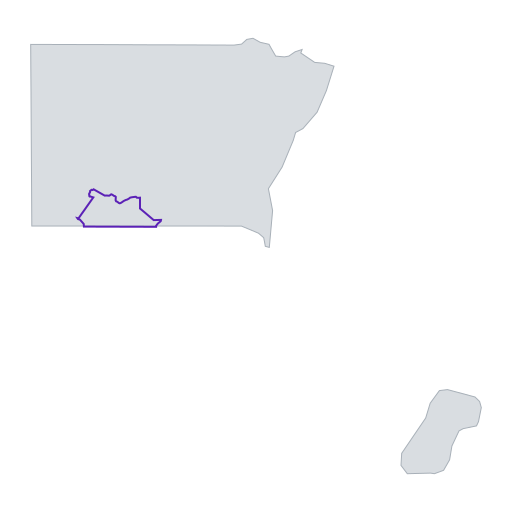 Micomiseng, Kié-Ntem, Equatorial Guinea shown in context, rotated 180°
{"feature_id": "11065452B35658646165921", "entity_name": "Micomiseng", "entity_type": "district", "adm_level": 2, "iso_a3": "GNQ", "parent_name": "Equatorial Guinea", "parent_adm1": "Kié-Ntem", "projection": "albers", "projection_center": [10.868, 2.052], "detail": "fine", "context": "in_parent", "style": "outline", "palette": "violet", "viewbox_px": 512, "rotation_deg": 180, "n_neighbors": 0, "source": "geoboundaries", "source_scale": "gbopen_adm2", "svg_char_len": 2214}
<svg xmlns="http://www.w3.org/2000/svg" viewBox="0 0 512 512"><g transform="rotate(180 256 256)"><path d="M480.2,286.0L480.4,322.0L480.6,352.5L480.8,385.4L481.0,419.7L481.2,448.8L481.3,467.6L449.4,467.5L407.2,467.4L364.9,467.2L322.6,467.1L301.4,467.0L278.0,466.9L270.4,467.9L265.2,472.6L259.0,473.7L251.8,469.7L243.0,467.7L240.7,463.5L236.3,455.9L227.6,455.1L223.2,455.9L216.9,460.2L209.9,462.5L211.2,459.0L197.3,449.6L187.3,448.7L178.0,445.8L185.6,421.4L194.9,399.8L209.0,383.5L216.4,379.5L218.8,371.5L229.9,344.9L243.6,323.3L239.4,301.4L242.7,264.6L246.7,265.7L247.3,269.2L248.3,274.3L253.5,278.8L270.5,285.9L321.4,286.0L351.7,286.0L396.6,286.0L444.1,286.0L480.2,286.0ZM77.6,38.3L81.5,38.9L104.7,38.3L111.0,46.6L110.3,58.7L86.3,94.0L81.8,108.8L72.6,121.4L64.5,122.4L37.0,115.0L32.4,110.5L30.7,104.4L33.5,90.4L35.5,86.1L48.7,83.4L53.0,81.1L60.1,66.0L62.4,52.2L68.4,41.7L77.6,38.3Z" fill="#d9dde1" stroke="#a8b0b8" stroke-width="1"/><path d="M400.8,317.7L402.4,316.5L402.9,316.3L405.4,316.5L407.3,316.4L418.4,322.7L419.3,322.0L420.5,322.2L422.0,320.9L421.9,320.5L421.9,320.4L421.9,320.1L422.0,319.8L422.1,319.5L422.1,319.4L422.3,319.1L422.5,318.9L422.7,318.7L422.8,318.4L422.9,318.1L422.8,317.7L422.9,317.3L422.9,317.1L422.8,316.9L422.7,316.9L422.5,316.5L422.5,316.4L422.5,316.1L422.6,315.9L422.6,315.7L422.4,315.5L422.2,315.5L421.9,315.5L421.3,315.4L421.0,315.3L420.7,315.2L420.3,315.1L420.0,315.0L419.7,314.9L419.0,314.7L418.7,314.6L425.2,305.4L425.4,305.1L427.5,302.1L429.1,299.9L429.2,299.7L429.3,299.5L429.5,299.4L429.6,299.2L432.4,295.2L433.5,293.7L434.3,293.8L434.7,293.9L434.5,293.6L434.0,292.9L432.1,292.4L429.1,289.0L428.3,288.1L428.2,286.8L428.1,285.4L355.9,285.2L355.9,285.3L355.9,286.2L355.7,286.4L355.1,287.3L353.9,288.7L353.0,289.4L351.9,290.3L351.2,291.0L351.0,292.1L351.4,292.1L358.3,291.9L365.7,298.2L365.8,298.3L372.0,303.5L372.0,308.8L372.0,309.1L372.0,314.3L373.4,314.2L375.2,314.3L376.1,315.2L376.8,315.2L378.1,315.0L379.8,314.8L381.8,314.4L383.2,313.3L384.9,312.4L386.3,312.0L388.3,311.0L390.3,309.6L391.5,308.9L392.4,308.7L393.3,309.1L394.6,310.2L395.9,310.7L396.4,311.8L396.2,315.1L396.9,315.8L398.2,316.2L399.5,317.2L400.8,317.7Z" fill="none" stroke="#5b21b6" stroke-width="2"/></g></svg>